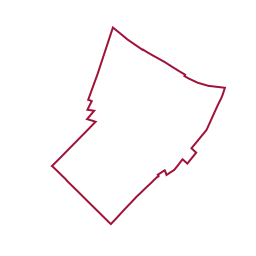 Rast, Dolj, Romania, rotated 215°
{"feature_id": "2599482B92282962106723", "entity_name": "Rast", "entity_type": "district", "adm_level": 2, "iso_a3": "ROU", "parent_name": "Romania", "parent_adm1": "Dolj", "projection": "natural_earth1", "projection_center": [23.283, 43.898], "detail": "fine", "context": "isolated", "style": "outline", "palette": "rose", "viewbox_px": 256, "rotation_deg": 215, "n_neighbors": 0, "source": "geoboundaries", "source_scale": "gbopen_adm2", "svg_char_len": 1422}
<svg xmlns="http://www.w3.org/2000/svg" viewBox="0 0 256 256"><g transform="rotate(215 128 128)"><path d="M168.5,53.2L168.3,53.2L168.0,53.3L167.7,53.3L167.5,53.2L166.9,53.1L164.4,52.7L163.0,52.5L156.9,51.5L154.7,51.1L154.1,51.0L152.0,50.7L150.8,50.5L150.3,50.4L150.1,50.4L149.4,50.2L148.9,50.1L148.4,50.0L146.4,49.5L133.6,47.4L118.7,44.8L88.6,39.7L87.2,39.5L86.9,39.5L86.8,40.6L85.9,46.3L84.2,59.2L83.2,65.8L82.7,68.5L82.7,69.0L81.7,75.6L81.7,76.4L81.5,77.0L80.8,80.3L80.3,82.9L79.1,89.2L77.3,97.7L76.9,100.1L75.8,105.4L75.4,105.5L75.2,105.7L75.2,105.8L75.3,105.9L75.4,106.1L75.5,106.2L75.5,106.3L76.2,106.6L76.8,106.8L76.6,107.4L75.9,108.9L74.4,112.7L73.7,114.4L73.0,114.1L72.2,113.5L70.0,112.0L69.6,111.8L69.5,111.7L68.8,113.4L68.1,115.2L66.2,119.9L66.1,120.2L65.7,125.7L65.4,133.6L64.8,133.6L59.0,132.9L58.0,146.9L64.4,147.8L64.0,152.8L62.6,170.9L62.7,172.3L66.5,192.4L67.6,198.4L68.7,205.8L69.6,209.8L71.7,216.5L72.3,216.2L74.0,215.3L86.4,208.6L97.1,205.0L106.3,203.4L111.6,202.9L111.8,204.4L118.7,203.9L127.4,203.4L135.5,203.1L148.7,201.7L155.4,201.1L160.7,200.8L160.7,200.4L166.5,200.3L178.9,200.2L191.6,201.2L198.0,201.6L183.9,154.8L176.8,128.3L176.1,128.5L173.1,129.2L172.0,121.5L171.7,119.7L168.2,121.4L165.6,122.7L166.2,116.2L166.6,111.8L160.5,113.8L158.1,114.5L158.3,113.5L159.5,106.1L159.9,103.6L161.5,94.1L163.3,83.4L166.2,66.0L167.3,59.7L168.5,53.2Z" fill="none" stroke="#9f1239" stroke-width="2"/></g></svg>